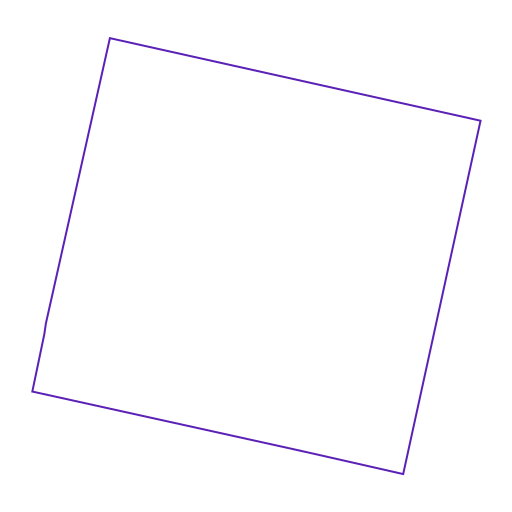 Nolan, Texas, United States of America, rotated 102°
{"feature_id": "52423323B36812497972126", "entity_name": "Nolan", "entity_type": "district", "adm_level": 2, "iso_a3": "USA", "parent_name": "United States of America", "parent_adm1": "Texas", "projection": "natural_earth1", "projection_center": [-100.301, 32.303], "detail": "fine", "context": "isolated", "style": "outline", "palette": "violet", "viewbox_px": 512, "rotation_deg": 102, "n_neighbors": 0, "source": "geoboundaries", "source_scale": "gbopen_adm2", "svg_char_len": 257}
<svg xmlns="http://www.w3.org/2000/svg" viewBox="0 0 512 512"><g transform="rotate(102 256 256)"><path d="M438.7,66.7L77.0,64.5L73.3,444.2L365.7,447.5L376.4,446.8L435.1,446.6L437.3,168.4L438.7,66.7Z" fill="none" stroke="#5b21b6" stroke-width="2"/></g></svg>